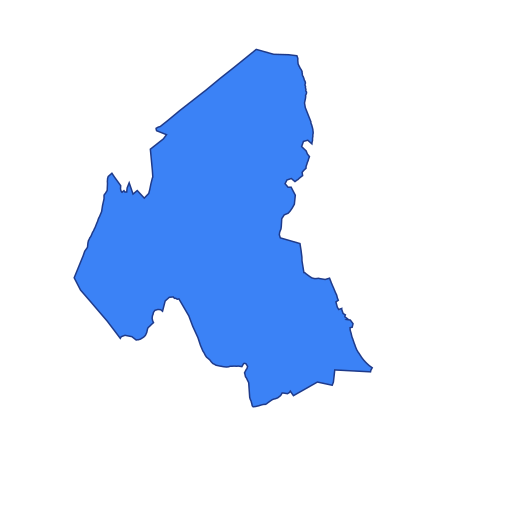 Sagnerigu, Northern, Ghana (Natural Earth projection), rotated 141°
{"feature_id": "2480657B87566941811639", "entity_name": "Sagnerigu", "entity_type": "district", "adm_level": 2, "iso_a3": "GHA", "parent_name": "Ghana", "parent_adm1": "Northern", "projection": "natural_earth1", "projection_center": [-0.877, 9.486], "detail": "fine", "context": "isolated", "style": "filled", "palette": "blue", "viewbox_px": 512, "rotation_deg": 141, "n_neighbors": 0, "source": "geoboundaries", "source_scale": "gbopen_adm2", "svg_char_len": 5996}
<svg xmlns="http://www.w3.org/2000/svg" viewBox="0 0 512 512"><g transform="rotate(141 256 256)"><path d="M125.8,416.4L154.3,416.4L172.3,416.6L190.9,416.4L194.6,416.5L223.6,417.0L240.1,416.8L249.0,416.9L250.8,417.7L253.3,418.1L254.0,417.0L254.4,415.9L249.2,406.6L254.3,405.3L270.9,405.5L273.0,402.3L282.5,388.0L286.5,382.3L287.5,381.8L292.4,378.1L296.6,374.6L300.0,372.1L306.4,371.3L307.1,381.6L312.6,381.5L308.5,392.7L313.3,390.0L316.2,387.1L317.6,388.2L317.5,389.9L318.6,389.9L320.0,389.8L320.1,390.5L319.8,392.0L319.0,393.5L316.9,395.8L316.3,406.7L315.9,411.0L320.8,410.8L322.6,409.6L323.7,408.4L324.5,407.6L325.8,405.8L330.4,400.6L334.1,399.3L334.9,399.3L335.9,398.8L337.2,397.2L338.2,396.0L340.1,394.5L343.4,391.9L348.0,387.7L352.8,385.1L354.3,384.5L354.8,384.2L355.4,383.9L357.6,382.4L358.2,382.2L363.3,379.3L364.2,379.0L366.4,377.8L368.2,377.2L370.9,375.7L372.5,375.0L373.8,374.7L375.2,373.9L376.4,373.5L378.3,372.0L381.5,368.8L386.1,367.5L390.1,365.0L411.0,353.5L413.8,340.0L413.3,325.1L412.8,306.0L412.6,299.1L413.3,277.4L411.5,278.1L407.7,276.8L403.2,271.4L402.0,266.1L401.1,265.7L400.3,265.0L399.5,264.7L398.8,264.4L398.1,264.1L394.6,263.7L394.3,263.7L393.5,263.7L392.9,263.8L392.1,263.9L391.5,264.1L390.1,264.8L389.5,265.1L388.8,265.5L387.7,266.4L387.3,266.7L386.9,267.0L386.3,267.5L385.7,267.9L384.9,268.2L384.3,268.3L383.7,268.3L382.9,268.3L382.4,268.4L381.6,268.5L381.0,268.5L380.3,268.6L378.2,268.7L377.6,268.7L377.1,270.7L375.9,273.0L374.0,274.8L372.8,275.4L371.2,276.7L368.8,277.4L365.9,276.2L363.9,274.3L363.4,271.9L354.9,278.2L349.4,278.5L346.1,276.3L346.1,275.7L346.0,274.4L345.0,273.7L344.9,273.4L344.6,272.7L344.6,272.3L344.3,271.9L344.2,271.8L342.9,271.2L345.9,251.7L349.4,241.2L352.5,229.1L355.4,221.5L357.1,215.5L357.2,214.2L357.4,212.9L357.8,211.3L358.0,209.8L358.1,208.5L357.8,207.1L357.5,205.5L357.3,204.4L357.3,203.4L357.4,202.1L357.2,199.6L356.9,199.0L356.2,197.4L355.9,196.4L353.1,192.9L352.8,192.6L352.1,191.9L352.0,191.6L351.4,191.0L351.1,190.6L350.4,189.9L348.8,188.3L347.9,187.7L346.9,187.1L345.5,186.6L344.0,185.4L342.7,184.5L341.5,183.5L340.4,182.5L339.0,181.6L336.6,178.9L333.3,180.2L332.3,179.7L331.6,178.5L332.0,175.5L334.0,174.1L334.9,174.0L338.5,172.4L338.7,171.7L339.2,170.7L340.2,168.7L340.2,167.9L340.2,167.3L340.6,165.7L340.8,164.9L341.2,163.0L341.5,162.0L349.8,150.2L350.6,148.4L350.8,147.6L351.2,146.2L351.7,145.1L352.3,143.7L352.9,142.6L353.2,141.8L353.1,140.6L350.9,139.2L349.4,138.5L348.0,137.8L347.1,137.5L344.9,136.6L343.2,135.7L342.1,134.8L340.9,134.5L339.1,134.5L337.6,134.4L335.8,134.3L333.8,134.1L332.4,133.7L330.8,132.9L329.6,132.5L328.8,132.2L327.5,132.0L326.3,132.1L325.1,132.0L324.2,132.2L321.9,133.1L320.6,131.9L318.2,129.2L315.8,128.9L314.4,129.4L314.8,123.9L287.6,119.4L278.1,107.6L275.2,109.3L269.4,115.0L266.5,117.9L239.9,93.9L238.7,94.9L236.0,96.0L237.0,99.6L237.5,103.0L237.6,104.2L237.7,104.9L237.7,105.6L237.7,106.0L237.8,106.5L237.8,107.5L237.8,109.0L237.7,111.3L237.5,112.8L237.4,114.1L237.2,115.5L237.2,116.8L236.9,118.6L236.8,119.6L236.5,120.5L236.1,121.9L235.6,123.5L235.2,124.4L234.7,126.1L234.3,127.2L233.7,128.8L233.4,129.7L233.1,130.3L232.6,132.0L232.1,133.3L231.5,134.5L231.2,135.2L230.7,136.1L230.3,137.2L229.8,138.3L229.3,139.4L228.7,140.2L228.2,140.8L228.0,141.1L226.1,140.1L223.2,142.3L223.0,146.9L225.7,149.8L224.4,149.7L225.2,152.8L224.6,153.5L223.6,154.0L224.5,156.5L224.2,157.2L223.6,159.0L223.4,159.4L223.3,159.9L222.6,161.1L222.4,161.3L225.4,162.4L225.0,165.1L222.8,170.0L219.9,169.8L219.2,172.1L217.9,174.9L217.3,177.4L217.0,178.5L216.7,179.4L216.5,180.2L216.1,181.5L215.8,182.5L215.6,183.3L215.2,184.8L214.9,185.8L214.7,186.4L214.6,186.8L214.5,187.4L214.0,188.7L212.8,192.5L217.0,194.2L220.4,198.0L221.5,199.4L222.7,200.1L224.0,201.0L224.9,201.8L226.3,203.7L226.8,205.1L227.2,206.4L227.6,207.9L227.9,209.0L228.1,209.9L228.3,210.5L228.4,211.3L228.5,211.9L228.7,212.5L229.0,212.8L229.2,213.0L223.3,223.3L221.0,226.3L217.4,232.1L214.0,238.0L225.7,254.8L224.5,257.9L222.5,259.7L219.6,261.3L217.7,263.1L212.5,268.8L208.2,270.2L204.1,269.0L201.3,269.4L197.6,270.5L193.6,272.1L189.5,276.2L187.2,278.5L185.4,287.4L187.8,289.2L187.9,293.9L184.1,295.6L179.8,294.0L178.9,289.3L178.7,289.3L176.9,289.2L176.2,289.2L175.6,289.1L175.1,289.0L174.6,289.1L173.7,289.2L173.3,289.2L171.8,289.2L170.9,289.2L170.2,289.2L169.2,289.1L167.5,292.0L164.9,292.5L161.9,292.7L161.5,293.2L161.1,293.7L160.7,294.1L160.1,294.5L158.8,295.3L158.3,295.6L157.9,295.9L157.4,296.3L156.8,296.6L156.4,296.8L155.7,297.2L155.3,297.4L154.0,298.4L152.9,299.0L152.3,299.4L151.9,299.6L151.9,302.9L150.9,306.1L151.7,312.3L147.0,315.2L142.9,313.4L142.0,308.0L141.1,308.9L140.5,309.4L139.5,310.1L138.9,310.8L138.4,311.4L137.8,312.1L136.5,313.2L135.6,314.4L135.1,314.8L134.6,315.2L134.1,315.7L133.5,316.5L133.1,317.2L132.6,318.0L132.1,318.7L131.8,319.4L131.4,320.2L131.1,320.9L130.3,322.7L130.1,323.3L129.9,324.1L129.6,324.8L129.3,325.3L128.9,325.7L124.3,340.3L122.0,344.4L118.2,347.5L117.0,348.7L116.8,349.1L116.7,349.3L116.5,349.5L116.3,349.6L116.2,349.7L115.8,349.9L115.3,350.2L114.8,350.4L114.4,350.7L114.1,351.0L113.6,351.5L113.5,351.8L113.5,352.5L113.4,353.0L113.2,353.2L113.0,353.5L112.9,353.6L112.4,354.0L112.0,354.9L111.9,355.2L111.6,355.8L111.4,356.0L111.1,356.2L111.0,356.3L110.7,356.8L110.5,357.7L110.3,358.1L109.6,358.7L109.1,359.0L108.9,359.2L108.7,359.3L108.5,359.6L108.3,360.4L108.1,360.5L107.9,361.1L107.9,361.6L107.8,361.8L107.8,362.1L107.6,362.7L107.0,363.9L106.6,365.3L106.4,365.7L106.4,366.1L106.4,366.5L106.2,367.0L106.0,367.7L105.9,367.8L105.5,368.2L105.3,368.5L105.2,368.7L105.0,369.0L104.9,369.4L104.2,370.2L104.2,370.4L104.1,370.5L103.9,371.1L103.6,372.6L103.5,374.2L103.4,374.7L103.3,374.8L103.3,375.1L103.2,375.3L103.1,375.8L103.1,376.1L103.0,376.3L103.0,376.6L102.9,376.7L102.9,376.9L102.5,378.4L102.5,378.5L102.4,378.8L102.2,379.1L100.6,381.5L100.3,381.9L100.1,382.2L99.9,382.3L99.1,383.3L98.2,385.9L104.1,392.0L115.3,401.6L118.5,406.1L125.0,415.3L125.8,416.4Z" fill="#3b82f6" stroke="#1e3a8a" stroke-width="1.5"/></g></svg>